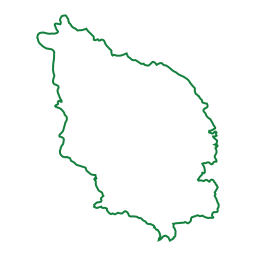 the district of Tan Son, Phú Thọ, Vietnam
{"feature_id": "81297802B30557639912850", "entity_name": "Tan Son", "entity_type": "district", "adm_level": 2, "iso_a3": "VNM", "parent_name": "Vietnam", "parent_adm1": "Phú Thọ", "projection": "orthographic", "projection_center": [104.995, 21.19], "detail": "fine", "context": "isolated", "style": "outline", "palette": "green", "viewbox_px": 256, "rotation_deg": 0, "n_neighbors": 0, "source": "geoboundaries", "source_scale": "gbopen_adm2", "svg_char_len": 5788}
<svg xmlns="http://www.w3.org/2000/svg" viewBox="0 0 256 256"><path d="M169.9,240.6L173.6,238.4L173.6,237.6L173.7,237.3L174.6,236.8L175.2,236.2L175.3,235.8L175.6,231.3L174.8,229.0L174.3,228.0L173.6,227.4L173.5,227.0L173.6,224.8L173.2,223.8L175.9,223.3L184.0,222.6L185.0,222.1L185.6,222.1L187.3,223.2L188.3,223.2L189.9,221.9L190.9,220.6L191.1,218.6L191.5,217.6L191.7,217.3L193.1,217.0L193.9,216.4L194.8,216.4L197.3,215.3L197.9,215.3L198.3,215.4L199.4,216.1L200.0,216.2L201.6,215.9L202.4,215.6L205.3,217.3L206.8,217.6L208.0,218.1L209.6,217.7L212.3,217.9L213.1,217.7L213.3,217.4L212.4,216.2L212.0,215.4L212.1,214.4L212.6,213.1L213.7,212.2L214.4,212.0L215.0,212.2L215.9,212.2L217.4,211.7L217.6,211.5L217.7,210.4L217.6,209.3L217.6,208.5L218.5,207.4L218.7,204.5L218.5,204.0L217.8,203.0L216.2,198.6L214.6,195.7L215.5,194.4L215.5,194.2L215.1,193.4L214.7,192.3L215.3,191.7L217.7,187.5L217.6,187.0L216.8,185.9L216.7,185.1L215.8,184.4L215.3,182.9L214.3,182.1L213.6,180.6L212.7,179.8L211.7,179.6L211.1,179.8L210.3,180.4L209.6,181.5L209.2,181.7L208.9,181.6L207.3,180.2L206.5,179.9L205.5,180.0L203.8,181.1L201.0,180.4L200.0,180.4L198.8,180.7L198.2,180.2L197.9,179.6L198.6,178.8L199.6,177.1L202.0,174.6L202.2,174.3L202.3,172.8L202.4,172.7L203.5,173.2L203.8,173.2L204.2,173.0L204.8,172.2L204.8,170.0L204.2,167.1L202.3,163.7L203.3,163.3L206.1,163.0L207.3,162.4L208.2,162.3L208.8,162.4L210.9,164.0L211.6,164.3L212.5,164.0L213.5,162.4L214.0,161.9L214.4,161.7L216.3,161.7L216.5,161.2L216.5,160.3L216.2,159.8L214.8,157.3L214.7,156.3L214.8,155.9L216.3,153.2L216.6,152.0L216.2,149.2L215.6,148.7L215.5,148.0L215.8,147.2L216.7,147.0L217.3,146.4L217.5,145.8L217.5,145.5L216.9,145.1L215.9,145.1L214.7,144.6L216.3,143.9L216.6,143.6L217.1,140.6L213.4,137.3L213.1,136.5L215.8,136.2L216.6,135.6L216.2,134.9L215.9,133.6L216.5,132.5L216.3,132.1L215.2,131.6L214.9,131.6L212.8,133.5L212.3,133.6L209.1,132.4L209.3,130.8L210.3,130.9L211.4,130.4L215.1,128.4L215.2,127.7L214.6,126.6L213.5,125.0L212.3,122.6L210.5,119.5L210.0,118.9L208.4,118.0L206.7,116.1L206.3,115.6L205.9,114.1L205.4,113.3L203.7,111.4L203.5,110.7L203.5,109.8L204.6,108.6L206.6,107.6L207.4,106.9L207.6,105.8L207.1,103.9L206.7,103.5L205.3,103.4L202.4,102.4L201.8,100.1L199.6,97.7L199.1,96.4L198.1,95.9L197.7,95.2L195.7,93.7L195.4,93.2L194.8,91.1L194.9,88.8L194.8,88.3L194.6,87.9L192.5,85.8L189.9,82.5L189.3,81.3L187.5,79.3L183.9,76.9L178.7,74.5L175.9,72.3L173.8,71.3L172.6,70.5L169.8,68.1L167.9,66.6L165.8,65.4L163.8,65.1L162.7,64.2L162.2,63.4L161.7,63.2L160.5,63.1L159.8,63.2L157.4,64.3L156.7,64.8L154.9,62.7L153.6,61.9L152.5,62.0L149.5,64.9L148.9,65.4L148.4,65.5L147.1,65.5L145.1,65.0L144.4,64.7L143.7,63.7L142.3,63.9L141.1,63.8L135.9,60.3L135.5,60.1L133.1,60.2L131.6,59.6L130.4,58.3L128.3,56.9L127.7,56.1L126.6,53.4L122.4,55.1L120.5,55.6L119.0,55.7L116.3,55.6L114.5,54.9L113.7,55.0L112.6,55.5L112.0,54.8L111.8,54.1L111.4,52.6L111.3,50.4L109.2,48.5L108.0,47.1L106.8,46.0L105.2,43.5L104.3,41.1L103.6,40.3L102.7,39.8L101.7,39.7L101.1,39.7L100.2,40.4L99.0,40.6L98.1,39.5L97.6,39.3L95.5,40.2L94.1,40.0L93.9,39.8L93.8,39.1L93.8,37.2L93.2,36.1L88.3,31.4L86.2,28.7L85.5,29.1L82.4,30.0L80.9,30.2L79.7,30.2L77.7,30.5L76.8,29.9L75.6,28.7L73.4,27.7L72.4,27.0L71.3,25.7L70.8,24.7L70.0,23.7L69.1,23.1L69.1,22.3L68.5,21.6L68.3,19.4L66.2,15.9L65.5,15.4L63.2,15.7L62.0,16.0L61.0,17.3L60.1,19.3L60.0,20.0L60.8,22.3L60.8,23.1L60.4,24.2L59.4,24.2L57.2,23.7L56.1,23.6L55.2,23.8L54.8,24.4L54.8,25.2L56.1,28.4L56.5,29.4L57.9,31.3L57.9,32.0L57.7,32.4L56.5,33.1L54.7,33.6L53.0,33.7L51.9,33.5L49.8,33.8L47.8,33.6L43.3,32.5L39.9,32.9L38.5,34.0L37.8,35.0L37.3,37.8L37.9,38.9L38.1,40.2L38.6,41.8L39.6,43.3L41.7,45.3L43.5,46.8L46.3,48.4L50.6,49.1L52.2,49.6L53.6,50.9L54.2,52.0L54.0,58.9L53.2,64.2L53.0,69.9L53.7,73.6L54.3,75.2L54.2,76.5L53.4,78.7L53.1,80.1L53.0,82.0L53.4,82.9L54.1,84.0L57.7,85.6L58.3,86.3L58.6,87.4L58.3,88.5L57.7,89.6L57.5,90.7L57.9,92.7L60.1,98.3L61.4,100.5L61.6,101.2L61.5,101.8L61.0,101.8L60.4,101.6L59.2,100.8L58.3,101.2L57.8,102.2L58.0,103.9L57.8,104.3L55.7,105.3L55.3,105.7L55.2,106.2L55.9,106.9L57.4,107.4L60.6,108.7L62.1,110.1L64.0,112.5L64.8,114.9L66.4,116.5L66.8,117.7L66.9,118.7L66.6,120.4L65.4,122.5L63.4,129.9L62.6,131.7L59.8,134.5L59.4,135.3L59.5,136.5L62.3,137.4L63.2,138.1L63.9,139.3L63.2,143.8L61.4,146.2L60.6,148.6L60.0,150.6L60.0,153.3L60.7,154.6L62.3,156.4L63.7,157.0L65.8,157.3L66.7,156.9L67.2,157.0L67.8,157.5L69.7,157.9L70.5,159.3L70.9,160.6L74.7,162.9L75.5,163.9L76.5,164.8L85.4,167.6L85.9,168.5L86.4,170.5L90.3,173.8L91.2,174.4L93.2,174.9L95.4,175.0L95.8,177.2L96.4,178.4L95.9,178.9L94.8,178.4L94.3,179.3L95.5,180.8L95.8,181.7L95.8,184.4L96.2,185.8L98.5,190.3L99.2,190.9L101.5,192.2L102.2,192.9L102.6,194.6L103.4,195.8L101.1,198.1L100.9,198.6L100.9,199.1L101.5,200.2L101.4,200.9L101.0,201.6L100.7,201.8L98.3,202.4L97.2,202.3L94.8,204.2L94.5,204.7L94.2,204.8L94.4,205.9L94.0,206.7L96.1,207.8L97.0,207.9L97.7,207.8L101.2,206.6L101.8,207.5L102.3,207.8L103.0,208.0L104.8,207.8L106.1,208.2L107.0,208.9L106.9,210.0L107.0,210.3L108.6,212.5L109.9,213.5L110.7,214.0L111.3,214.0L112.7,213.4L114.3,214.2L115.0,214.3L118.0,212.8L120.4,213.4L121.6,213.5L122.2,213.3L124.4,211.6L125.0,211.3L125.6,211.2L127.5,212.4L127.8,213.2L128.4,213.8L128.5,214.6L129.1,215.8L130.0,216.2L131.3,216.6L132.5,216.3L136.6,216.7L137.2,216.9L138.0,217.6L138.6,217.9L140.3,218.1L141.3,218.4L142.7,220.0L143.6,220.6L145.2,221.4L145.9,221.9L146.5,223.0L147.1,223.6L149.0,224.1L150.0,224.0L151.4,224.4L152.4,225.0L153.4,225.4L154.1,226.0L154.2,226.3L154.0,227.4L154.8,227.4L155.3,228.4L156.2,229.6L156.7,229.8L157.6,229.8L159.2,232.3L159.8,233.6L159.9,234.9L160.4,236.2L159.9,237.5L159.1,238.2L158.7,240.2L160.3,239.5L161.5,238.4L163.3,236.4L164.4,235.9L165.1,235.9L165.6,235.7L166.2,235.9L167.2,236.7L168.4,237.4L169.9,240.6Z" fill="none" stroke="#15803d" stroke-width="2"/></svg>